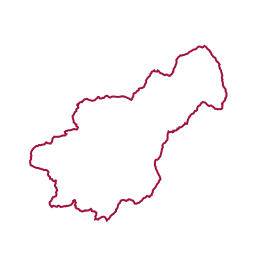 La Union, Arequipa, Peru, rotated 192°
{"feature_id": "86281439B24532133151812", "entity_name": "La Union", "entity_type": "district", "adm_level": 2, "iso_a3": "PER", "parent_name": "Peru", "parent_adm1": "Arequipa", "projection": "robinson", "projection_center": [-72.836, -15.108], "detail": "fine", "context": "isolated", "style": "outline", "palette": "rose", "viewbox_px": 256, "rotation_deg": 192, "n_neighbors": 0, "source": "geoboundaries", "source_scale": "gbopen_adm2", "svg_char_len": 5750}
<svg xmlns="http://www.w3.org/2000/svg" viewBox="0 0 256 256"><g transform="rotate(192 128 128)"><path d="M120.0,55.4L118.1,56.6L117.4,56.5L117.0,56.7L114.5,56.3L113.9,57.1L113.2,57.2L112.7,58.3L112.2,58.5L110.7,58.4L109.1,58.0L107.9,58.0L106.3,56.4L106.2,55.9L105.8,55.5L104.1,55.6L103.2,56.5L101.5,57.3L100.5,58.8L99.6,59.6L98.1,62.8L97.0,63.2L95.9,64.4L95.2,65.5L94.7,65.6L92.8,65.0L92.3,65.5L92.1,66.5L90.9,67.3L91.0,68.6L90.5,69.9L90.7,72.4L88.9,75.6L88.3,77.3L88.0,79.0L87.3,80.0L86.6,81.5L86.8,82.7L85.6,84.4L85.9,85.4L86.9,87.2L89.9,90.7L91.4,93.0L92.3,93.8L93.0,96.0L93.8,96.6L94.5,99.9L94.5,102.0L94.1,102.7L92.7,103.1L91.8,104.0L91.3,105.5L90.9,106.0L90.5,107.3L90.3,112.1L90.5,114.7L89.9,116.4L90.6,117.6L90.6,118.9L89.9,120.3L88.5,121.4L88.0,123.0L87.3,124.0L87.0,124.6L87.3,127.3L87.8,128.6L87.9,130.5L87.9,131.3L87.4,132.4L87.5,132.9L86.6,132.5L85.3,133.2L84.1,133.4L83.5,133.1L82.8,133.5L82.7,133.8L83.0,134.8L80.8,135.4L80.2,135.8L79.5,136.8L79.5,137.6L78.7,137.4L78.3,137.8L77.9,139.5L77.2,139.4L76.4,139.6L75.2,140.8L74.2,142.5L73.4,143.1L73.2,144.5L72.2,144.2L71.2,144.3L71.1,145.1L71.3,146.5L71.0,147.5L71.1,148.4L70.3,151.8L69.8,152.2L69.6,153.4L68.4,155.1L67.3,155.6L66.8,156.1L66.2,158.6L64.8,159.0L64.3,159.5L64.2,159.8L64.4,162.3L63.7,164.3L62.5,164.9L62.0,165.9L61.8,166.9L60.3,169.0L57.7,168.9L56.9,168.2L54.0,166.5L52.9,166.4L52.5,166.9L51.3,167.3L50.6,166.9L49.4,166.6L48.7,166.0L47.6,165.6L47.3,165.0L46.9,164.9L45.3,165.1L44.0,164.9L43.0,165.5L41.6,165.5L40.8,165.8L39.9,166.7L40.4,169.8L40.3,170.3L40.9,170.7L41.2,171.5L40.7,171.8L39.6,174.3L38.9,175.1L38.9,176.1L38.7,176.5L39.1,177.1L38.8,177.5L38.8,178.1L38.5,178.3L38.3,180.1L38.7,180.8L38.8,182.5L40.0,183.8L40.1,184.7L40.5,185.2L40.6,186.0L40.9,186.6L41.8,187.1L43.0,188.2L43.2,188.7L44.0,189.2L44.6,192.1L45.8,193.8L45.5,194.9L46.1,195.4L46.7,196.7L46.6,198.9L47.5,200.2L47.6,201.0L48.6,202.4L48.9,203.6L50.9,205.6L50.9,206.3L51.9,208.0L51.9,208.7L51.6,209.2L53.8,211.2L55.0,211.5L56.1,212.9L57.1,214.7L58.7,215.2L59.6,215.7L61.4,217.2L62.8,219.3L63.8,219.7L64.4,220.9L65.3,221.0L65.9,221.6L66.8,222.0L68.7,223.7L70.3,224.1L71.2,223.1L71.4,222.6L71.9,222.2L74.9,222.6L76.3,222.0L78.0,219.3L80.6,218.1L81.7,216.8L84.1,214.8L85.1,213.1L87.1,212.1L88.1,211.2L89.8,210.6L90.5,210.0L91.9,209.9L92.5,208.8L93.3,208.0L94.9,204.7L94.2,202.6L94.1,200.9L94.4,200.2L94.7,197.5L95.7,195.2L95.4,193.5L95.7,192.8L95.5,192.4L95.8,192.0L95.8,191.3L96.5,189.7L97.7,188.0L98.2,188.0L98.5,187.6L99.6,187.8L100.3,188.3L101.3,188.3L102.5,187.8L102.7,187.4L103.4,187.3L106.0,188.3L106.9,188.3L108.4,188.7L109.4,189.8L110.8,190.5L111.3,189.2L113.4,189.0L114.3,189.8L115.7,188.3L116.3,188.1L116.6,187.6L116.6,186.4L117.3,185.6L117.4,183.5L119.0,181.6L120.0,179.1L120.2,178.0L119.8,176.9L119.8,175.9L120.3,175.2L120.9,171.5L122.2,170.3L125.2,169.0L125.6,168.5L125.4,167.3L125.6,166.8L127.0,165.9L127.8,164.0L129.5,163.1L129.7,162.4L129.4,160.1L130.0,158.5L129.9,157.5L130.7,156.2L131.2,156.5L132.0,156.4L133.1,157.0L138.6,158.1L138.8,157.8L141.0,157.7L141.8,157.1L144.5,156.2L149.0,155.8L150.5,155.2L151.5,154.3L152.2,154.0L153.0,154.1L154.6,155.1L155.5,155.2L157.1,153.9L157.3,153.2L158.0,152.3L159.0,152.3L160.2,151.3L161.8,151.1L163.1,152.3L163.7,152.2L164.1,151.7L164.5,150.7L165.3,149.9L165.8,148.8L166.9,147.9L168.6,147.2L171.0,147.3L174.0,147.7L174.3,148.0L176.6,146.9L177.7,145.0L178.3,144.5L178.4,143.7L179.3,143.6L180.3,143.1L180.8,142.5L181.1,141.5L182.5,140.6L182.5,140.0L181.6,139.9L181.3,138.5L180.8,137.8L180.8,137.5L182.4,135.8L182.3,134.7L182.0,133.7L183.3,132.4L184.1,129.0L184.7,128.2L184.0,126.0L182.7,123.9L182.3,122.2L181.1,121.7L180.5,121.0L179.2,120.7L179.3,119.8L179.0,119.4L178.2,118.7L177.4,118.5L177.2,118.1L177.1,117.8L177.5,116.2L178.3,115.7L180.7,115.8L183.5,113.9L186.2,113.2L187.2,112.3L188.4,111.9L189.0,111.0L188.9,110.4L187.9,109.4L187.0,109.2L188.0,107.6L189.4,107.2L190.3,107.2L191.3,106.4L193.8,105.0L194.9,104.9L197.3,104.2L198.2,104.3L199.6,102.0L199.5,99.1L200.3,96.7L203.5,96.4L204.1,96.6L204.5,97.0L204.9,97.0L205.5,96.5L206.1,94.8L208.9,93.6L210.0,92.9L211.4,92.9L211.9,92.5L212.5,91.4L214.0,91.3L216.3,88.3L217.7,84.9L217.6,82.2L216.6,80.8L217.0,78.8L216.3,77.9L216.3,77.5L216.9,75.7L216.3,73.0L215.7,72.3L215.4,71.3L213.6,71.1L211.6,70.3L209.1,70.0L206.9,70.2L206.1,69.9L204.5,70.0L203.9,69.7L202.7,69.8L201.3,69.4L198.9,69.9L196.9,68.8L196.6,68.0L196.8,66.5L196.5,65.6L195.9,64.8L194.2,64.0L193.8,62.2L192.0,62.3L191.3,61.8L190.9,61.0L189.3,60.6L188.4,60.9L188.1,61.6L187.5,61.5L187.6,60.3L187.2,58.8L187.6,56.5L186.9,55.4L185.7,54.9L185.7,54.4L185.4,53.7L184.7,53.0L184.4,52.3L184.3,52.0L184.7,51.5L185.1,49.8L184.6,49.4L184.4,48.8L184.1,48.4L184.3,46.3L187.1,44.6L187.2,43.8L187.6,43.2L187.6,42.3L188.1,40.9L188.4,40.1L188.9,39.5L189.2,38.5L188.8,37.9L188.6,36.9L188.1,36.3L187.3,36.0L186.8,35.3L186.1,34.9L185.3,36.0L184.9,36.4L181.2,36.1L180.8,36.4L180.5,37.2L179.9,37.6L178.5,37.3L177.4,36.7L176.0,37.2L174.1,38.3L172.7,38.4L172.1,39.1L171.0,39.1L169.2,40.0L167.7,41.0L166.7,42.8L166.2,44.2L166.6,45.2L165.3,46.4L164.9,46.4L164.7,46.2L164.9,45.4L163.5,44.1L164.0,41.5L163.5,41.0L162.9,40.9L162.9,39.7L162.2,39.2L161.9,38.6L159.5,38.5L158.4,37.8L158.3,37.4L157.6,37.1L156.6,37.2L155.7,36.8L154.7,37.0L153.5,38.2L152.9,38.1L152.3,38.7L151.1,38.6L149.7,39.1L147.4,41.2L146.5,40.3L146.5,39.6L146.2,39.2L145.4,39.1L143.2,39.5L142.2,38.8L141.3,38.7L141.0,36.2L141.6,34.7L141.1,33.5L141.1,31.9L140.2,32.5L138.3,32.1L137.8,33.1L136.8,33.8L135.2,35.5L134.6,35.9L133.0,36.2L132.3,36.1L131.3,35.4L129.5,33.2L129.1,34.2L128.0,35.0L127.7,35.6L127.1,36.7L126.6,38.5L124.9,40.6L124.4,40.9L122.9,43.5L122.5,43.9L122.8,45.8L122.0,46.7L121.7,47.7L121.6,51.2L120.8,52.6L120.4,52.9L120.0,55.4Z" fill="none" stroke="#9f1239" stroke-width="2"/></g></svg>